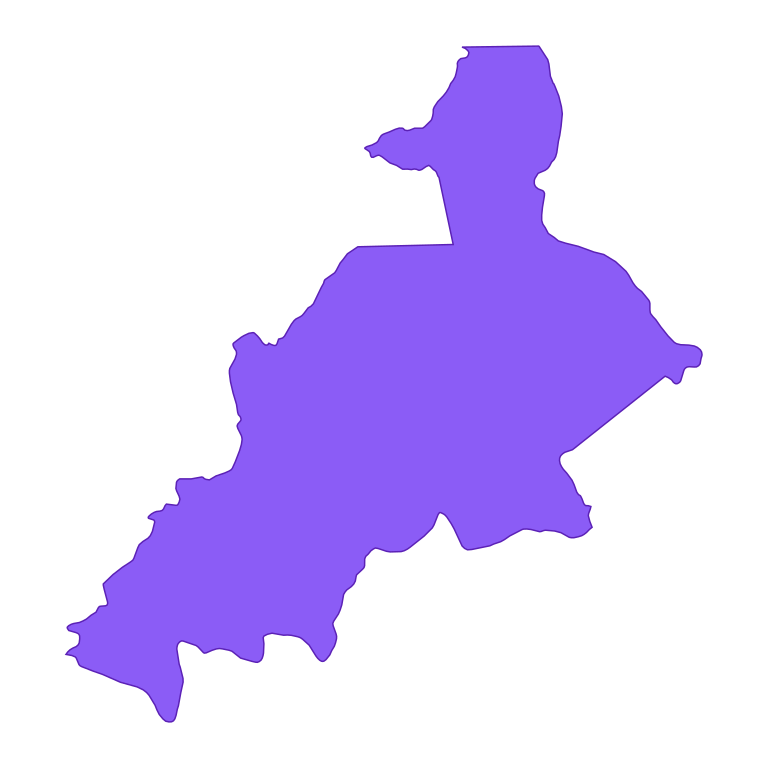 Santa Lucia, Intibucá, Honduras (orthographic projection)
{"feature_id": "27666195B24919955333863", "entity_name": "Santa Lucia", "entity_type": "district", "adm_level": 2, "iso_a3": "HND", "parent_name": "Honduras", "parent_adm1": "Intibucá", "projection": "orthographic", "projection_center": [-88.432, 13.907], "detail": "fine", "context": "isolated", "style": "filled", "palette": "violet", "viewbox_px": 768, "rotation_deg": 0, "n_neighbors": 0, "source": "geoboundaries", "source_scale": "gbopen_adm2", "svg_char_len": 6068}
<svg xmlns="http://www.w3.org/2000/svg" viewBox="0 0 768 768"><path d="M462.0,47.1L465.3,48.4L467.9,50.7L468.9,52.5L468.3,55.0L467.6,56.3L466.6,57.3L465.2,57.9L460.8,58.6L459.2,59.9L458.0,61.4L457.3,63.3L457.5,66.0L457.3,67.7L456.2,73.1L455.2,76.7L453.2,80.3L450.7,83.5L449.0,87.6L446.4,92.0L443.3,95.9L437.8,101.6L434.4,106.7L433.3,109.3L433.2,113.0L432.7,116.0L431.7,119.4L430.9,120.6L424.6,126.8L422.6,128.2L414.6,128.2L409.6,130.2L407.2,130.6L404.7,130.1L403.3,128.6L402.5,128.2L399.2,128.1L395.3,129.3L389.2,132.0L384.0,133.9L382.4,134.7L381.2,135.7L379.5,138.2L378.2,140.9L376.6,142.6L372.0,145.0L366.9,146.6L365.2,147.6L364.8,148.1L365.0,148.6L369.3,151.5L370.2,153.3L370.7,155.9L371.6,157.2L373.3,157.3L376.9,155.6L378.6,155.2L379.6,155.4L382.2,156.9L389.9,162.9L396.6,165.4L402.6,169.2L407.6,169.1L411.3,169.6L414.2,169.0L416.5,169.3L418.6,170.2L419.7,170.2L421.8,169.5L426.2,166.5L428.8,165.4L430.2,166.3L433.4,169.6L435.4,170.9L436.4,172.2L438.0,176.2L439.0,177.4L453.2,244.5L357.8,246.8L347.4,253.8L343.1,259.5L340.2,263.0L336.3,270.4L334.7,272.8L325.0,279.6L324.2,281.0L323.6,283.3L321.3,287.4L313.4,303.8L310.9,306.3L308.2,307.8L303.8,313.6L302.1,315.5L300.5,316.6L295.9,319.0L294.1,320.6L291.4,324.2L284.5,336.2L282.6,338.0L278.6,339.1L277.0,343.8L276.1,345.1L275.1,345.5L273.8,345.4L271.2,344.5L268.9,343.2L268.5,343.5L268.2,344.5L267.4,344.9L266.1,345.1L264.7,344.7L262.4,342.6L259.8,338.7L257.4,335.9L254.3,333.0L253.1,332.6L248.9,333.3L244.0,335.6L241.3,337.2L233.7,343.0L233.0,344.0L233.2,345.7L234.1,347.9L236.1,350.8L236.5,352.6L236.5,354.4L235.0,359.0L229.8,368.4L229.4,370.5L229.4,373.2L230.5,381.8L233.1,393.0L236.5,404.4L237.7,412.5L238.4,414.7L240.2,416.6L240.9,418.5L241.0,419.7L240.7,420.6L237.7,424.2L237.1,426.0L237.8,428.4L241.4,435.7L241.9,437.7L242.1,439.6L241.4,444.4L239.6,450.6L235.2,462.0L232.3,468.4L231.1,469.8L229.2,471.0L224.7,473.0L216.1,475.9L209.4,479.9L205.7,479.3L204.3,478.6L202.9,477.3L201.7,477.0L191.2,478.9L179.7,478.9L178.2,479.9L177.0,481.2L176.5,482.3L175.9,488.5L176.6,490.8L179.1,496.2L179.9,499.1L179.2,502.0L178.0,504.4L177.3,505.1L176.0,505.3L166.4,504.1L165.1,505.6L163.5,509.0L162.2,510.4L160.1,511.1L156.5,511.5L154.1,512.4L151.4,514.0L149.2,515.9L148.2,517.2L148.5,518.3L153.8,520.0L154.4,520.8L154.7,522.1L152.4,531.4L150.3,535.7L147.9,538.3L142.9,541.5L139.3,544.6L137.8,547.7L133.9,558.3L132.8,560.2L130.6,561.9L122.5,567.2L113.1,574.5L103.3,583.9L103.3,585.2L104.1,588.9L107.6,602.2L107.6,603.7L107.1,605.0L105.7,605.8L100.7,606.2L99.4,606.5L98.4,607.6L96.0,612.2L91.1,615.2L86.4,619.1L83.1,620.9L79.4,622.5L73.7,623.5L71.2,624.3L68.7,625.7L67.4,627.0L67.2,627.7L67.5,628.6L68.8,630.5L76.0,632.6L77.8,633.4L78.8,634.2L79.6,635.8L79.7,638.9L79.2,642.9L78.2,644.8L76.2,646.6L73.0,648.0L70.0,649.8L67.6,652.1L66.0,654.4L71.9,655.5L75.4,657.0L76.3,658.2L79.0,664.6L80.0,665.7L81.6,666.6L93.1,671.1L102.3,674.3L120.5,682.3L137.1,686.9L143.3,689.9L146.6,692.5L149.0,695.2L155.1,705.3L156.9,709.8L159.2,714.4L162.9,718.9L165.7,721.2L168.9,721.9L171.6,721.8L173.5,720.8L174.9,718.8L176.1,715.2L177.3,709.3L178.4,705.8L180.8,692.6L183.1,682.1L183.0,678.4L180.2,667.1L179.2,664.3L176.8,649.0L177.0,647.0L177.6,644.6L178.5,643.2L179.8,641.8L181.6,640.9L183.3,641.1L196.1,645.5L198.1,647.0L203.3,652.5L204.2,653.1L206.1,652.9L212.1,650.3L216.4,648.9L219.5,648.5L222.5,648.9L228.9,650.2L231.9,651.2L240.6,658.1L252.1,661.4L255.6,662.2L257.4,662.3L259.2,661.6L261.0,660.2L262.2,658.2L263.0,655.7L263.5,653.1L263.9,643.8L263.2,637.6L264.0,636.0L267.4,634.3L272.0,633.2L283.6,635.2L287.5,635.0L291.3,635.3L298.0,636.8L300.4,637.7L302.7,639.3L309.2,645.2L316.0,656.1L317.8,658.4L319.7,660.2L321.4,661.2L322.8,661.4L324.0,661.1L326.0,659.6L329.8,654.9L331.7,650.6L334.3,646.3L335.5,642.9L336.5,638.8L336.6,636.3L336.1,634.0L333.2,625.9L332.8,623.5L333.7,621.2L338.4,614.0L340.1,610.1L341.8,604.8L343.6,594.5L345.0,592.1L346.7,590.0L351.3,586.6L353.7,584.1L355.3,581.1L356.1,576.5L356.6,574.8L362.7,569.1L364.0,567.6L364.6,565.7L364.7,558.9L365.8,556.3L368.1,554.2L370.9,550.8L373.5,548.9L375.4,548.0L378.1,548.5L386.5,551.3L390.2,551.9L401.2,551.6L404.3,550.7L407.4,549.1L410.1,547.2L424.1,536.1L432.3,527.9L434.0,524.9L438.1,514.5L439.5,512.6L440.7,512.6L443.6,514.0L445.2,515.2L446.9,517.1L451.2,523.6L454.1,528.8L462.1,546.0L464.6,548.4L467.5,549.8L471.7,549.5L489.9,545.8L493.8,544.0L500.7,541.7L504.6,539.5L509.8,535.9L522.2,529.5L523.5,529.1L526.8,529.0L531.0,529.5L539.6,531.7L541.1,531.5L543.8,530.5L545.5,530.2L554.6,531.0L561.0,532.7L569.2,537.3L571.1,537.7L574.0,537.7L578.1,536.8L581.7,535.7L584.0,534.4L586.5,532.5L589.4,529.5L592.1,527.3L589.8,521.4L588.3,515.7L588.6,513.6L590.3,509.0L590.9,506.5L588.2,505.7L585.7,505.6L584.5,504.7L583.5,503.0L582.1,499.1L580.8,496.4L580.3,495.7L578.5,494.6L576.8,492.2L574.1,484.7L572.0,480.2L566.8,473.2L563.3,469.3L561.5,466.6L560.1,463.7L559.5,460.5L559.7,457.9L560.8,455.6L562.6,453.8L564.8,452.3L572.5,449.7L665.1,376.2L668.3,377.6L671.0,379.4L672.0,380.3L673.3,382.2L674.7,383.3L676.0,383.8L677.5,383.6L679.6,382.3L680.7,380.8L683.8,370.6L684.5,369.1L685.6,367.9L687.2,367.0L689.1,366.7L694.4,367.0L696.5,366.9L698.6,365.7L700.1,363.8L701.0,358.7L701.9,355.7L702.0,354.4L701.6,352.0L700.3,349.8L697.4,347.4L694.3,346.0L688.9,345.1L680.6,344.7L676.5,343.7L674.3,342.4L668.0,335.9L660.6,326.6L655.8,319.7L652.8,316.5L650.6,313.6L650.2,312.3L649.9,309.8L649.9,303.4L649.4,301.4L648.6,300.0L641.6,291.5L637.5,288.4L635.2,285.9L632.9,282.7L628.7,275.2L626.0,271.3L615.6,261.7L603.8,254.5L593.8,252.0L578.2,246.3L565.6,243.2L558.3,240.9L554.4,237.6L548.3,233.5L545.3,227.8L542.8,224.1L541.7,220.4L541.7,215.1L542.5,207.2L544.4,195.8L544.5,193.4L543.9,191.9L542.8,190.7L538.2,188.9L535.9,187.0L534.9,185.5L534.3,183.7L534.3,180.5L534.9,178.5L538.1,173.3L545.1,170.3L547.6,168.5L549.5,166.1L551.6,162.1L554.1,159.5L555.6,156.8L556.8,152.6L558.4,141.3L559.7,135.6L561.1,126.2L562.3,113.8L561.4,106.7L558.8,96.1L555.2,87.0L553.8,83.8L553.2,83.4L550.4,76.3L548.9,64.0L547.7,59.6L539.1,46.4L538.6,46.1L462.0,47.1Z" fill="#8b5cf6" stroke="#5b21b6" stroke-width="1.5"/></svg>